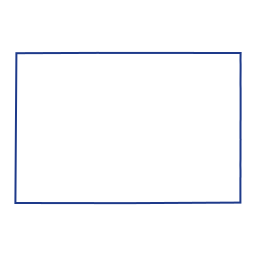 the district of Brookings, South Dakota, United States of America
{"feature_id": "52423323B48184039909983", "entity_name": "Brookings", "entity_type": "district", "adm_level": 2, "iso_a3": "USA", "parent_name": "United States of America", "parent_adm1": "South Dakota", "projection": "equal_earth", "projection_center": [-96.535, 44.37], "detail": "fine", "context": "isolated", "style": "outline", "palette": "blue", "viewbox_px": 256, "rotation_deg": 0, "n_neighbors": 0, "source": "geoboundaries", "source_scale": "gbopen_adm2", "svg_char_len": 519}
<svg xmlns="http://www.w3.org/2000/svg" viewBox="0 0 256 256"><path d="M96.8,52.9L16.4,53.2L15.4,203.0L95.3,203.1L136.0,203.1L240.4,202.6L240.4,177.6L240.5,177.3L240.5,171.4L240.5,170.1L240.4,165.5L240.4,164.2L240.5,159.3L240.5,158.6L240.5,152.8L240.5,152.2L240.5,146.8L240.5,145.9L240.5,140.5L240.6,139.8L240.5,138.4L240.5,134.3L240.5,132.0L240.5,121.9L240.6,119.3L240.6,96.9L240.6,88.8L240.5,84.3L240.5,83.4L240.6,68.8L240.6,64.5L240.5,60.2L240.6,53.0L96.8,52.9Z" fill="none" stroke="#1e3a8a" stroke-width="2"/></svg>